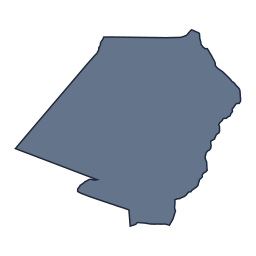 the district of Nova Soure, Bahia, Brazil
{"feature_id": "56859067B28975289124766", "entity_name": "Nova Soure", "entity_type": "district", "adm_level": 2, "iso_a3": "BRA", "parent_name": "Brazil", "parent_adm1": "Bahia", "projection": "albers", "projection_center": [-38.498, -11.321], "detail": "fine", "context": "isolated", "style": "filled", "palette": "slate", "viewbox_px": 256, "rotation_deg": 0, "n_neighbors": 0, "source": "geoboundaries", "source_scale": "gbopen_adm2", "svg_char_len": 2120}
<svg xmlns="http://www.w3.org/2000/svg" viewBox="0 0 256 256"><path d="M103.7,37.1L102.9,39.2L101.2,41.6L100.4,43.4L100.4,45.2L98.8,47.7L98.7,50.0L97.5,52.0L96.9,53.5L95.4,54.8L86.8,64.5L64.5,90.8L59.0,97.2L55.0,101.9L53.2,104.0L26.1,135.9L15.4,148.6L97.2,179.7L94.6,180.2L92.3,179.6L90.3,179.3L88.6,179.7L86.8,180.9L85.3,181.5L83.7,182.9L81.8,184.3L80.1,185.4L79.3,187.0L77.7,188.8L77.7,191.5L79.7,192.6L81.7,193.6L84.0,194.4L90.3,196.8L105.2,201.9L107.5,202.6L109.5,203.4L112.6,204.3L115.3,205.3L117.6,206.1L119.5,206.7L121.2,207.2L123.3,207.9L125.5,208.7L127.3,209.3L128.9,209.9L130.2,226.2L132.3,225.4L134.3,224.9L136.1,224.0L137.4,222.5L145.3,223.1L148.0,223.6L150.5,224.0L153.1,224.1L155.2,224.1L157.6,224.0L159.7,224.1L162.1,224.1L164.1,224.0L165.9,224.2L167.5,224.6L169.4,225.2L173.0,218.9L175.5,210.9L174.8,209.2L174.6,207.5L174.7,205.6L175.0,202.9L174.8,199.8L177.4,198.8L179.4,198.7L181.4,197.7L184.1,196.6L186.0,195.2L187.5,193.3L188.9,192.0L190.8,191.8L192.0,190.2L193.8,188.9L196.3,187.2L198.0,185.3L198.4,183.2L199.1,181.4L199.6,179.4L201.0,178.4L202.3,176.8L202.2,175.0L203.4,173.2L205.8,171.8L207.2,170.3L206.9,167.8L206.8,165.1L206.6,161.8L205.4,159.1L205.1,157.1L205.6,155.0L206.1,152.9L207.6,151.0L209.5,150.0L210.8,148.1L211.1,145.6L210.8,143.4L210.7,141.2L213.0,139.9L214.5,139.0L215.4,136.7L216.5,134.4L219.0,132.8L219.6,130.8L219.5,128.3L219.5,126.5L218.7,124.7L220.0,122.4L222.1,120.6L223.4,118.5L226.3,118.3L228.3,116.7L230.1,115.8L230.9,113.6L232.5,111.6L232.1,109.2L233.7,107.3L235.0,105.2L236.5,103.5L239.2,103.4L240.5,101.3L240.6,98.7L240.3,96.2L240.2,93.9L240.0,91.5L239.6,89.4L238.7,88.1L236.3,85.6L233.9,82.7L231.9,81.4L230.6,79.6L228.9,77.8L226.9,75.9L224.6,73.6L222.4,71.6L219.5,69.6L217.6,68.2L216.4,66.9L215.3,65.5L215.3,63.4L214.3,60.9L213.3,59.1L212.2,57.1L211.0,54.8L209.6,52.6L208.6,50.8L207.3,48.7L205.2,48.7L203.0,47.0L201.1,44.4L200.5,40.9L199.8,38.7L199.6,35.8L199.4,33.4L197.7,32.4L195.9,31.7L193.8,30.7L191.5,29.8L190.2,31.1L188.5,33.0L186.6,35.3L184.1,36.3L182.1,37.0L180.3,37.4L166.2,37.7L110.2,37.0L103.7,37.1Z" fill="#64748b" stroke="#1e293b" stroke-width="1.5"/></svg>